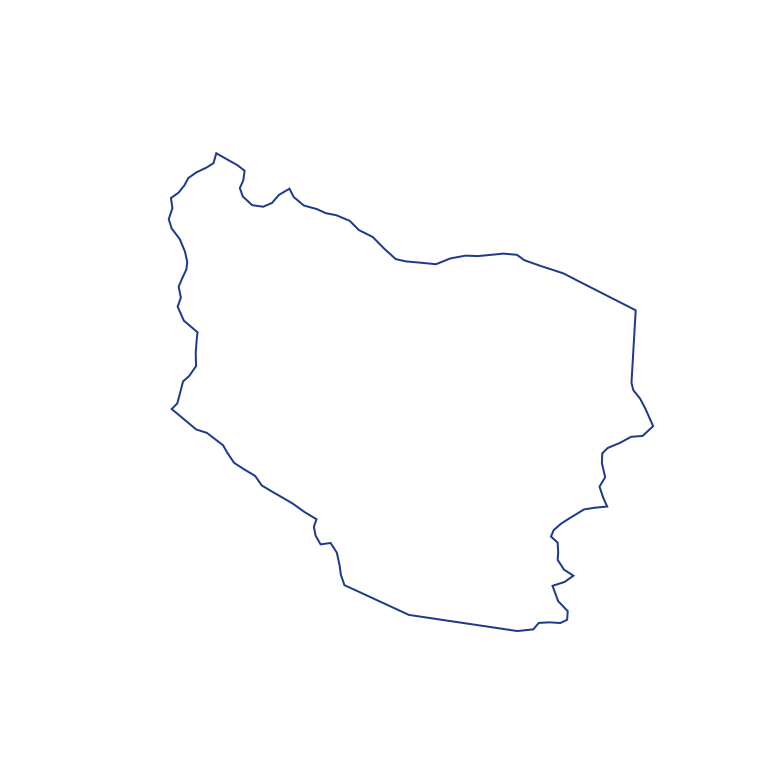 outline of Solânea, Paraíba, Brazil, rotated 301°
{"feature_id": "56859067B20295447972760", "entity_name": "Solânea", "entity_type": "district", "adm_level": 2, "iso_a3": "BRA", "parent_name": "Brazil", "parent_adm1": "Paraíba", "projection": "equal_earth", "projection_center": [-35.722, -6.744], "detail": "fine", "context": "isolated", "style": "outline", "palette": "blue", "viewbox_px": 768, "rotation_deg": 301, "n_neighbors": 0, "source": "geoboundaries", "source_scale": "gbopen_adm2", "svg_char_len": 1618}
<svg xmlns="http://www.w3.org/2000/svg" viewBox="0 0 768 768"><g transform="rotate(301 384 384)"><path d="M455.1,616.6L466.0,623.0L472.7,632.4L486.5,636.4L497.5,620.7L503.4,611.0L507.1,600.9L512.5,595.5L576.8,561.8L572.2,496.0L571.2,480.8L565.8,457.2L562.4,440.5L563.2,431.4L557.2,419.1L542.2,398.9L535.9,387.6L525.8,376.2L513.4,366.8L506.7,352.6L500.4,339.7L497.1,329.7L500.1,314.5L504.2,298.7L503.0,283.3L506.2,270.6L504.1,256.2L500.4,246.0L499.4,236.6L495.7,223.3L497.8,210.2L502.7,202.4L492.1,196.6L481.4,194.7L473.7,189.1L469.4,178.9L472.0,166.4L477.7,159.5L486.1,158.5L495.0,154.7L496.1,145.6L495.7,133.9L495.4,121.4L485.5,124.1L478.1,120.4L468.7,114.1L459.8,110.2L451.4,110.6L442.1,109.3L433.7,105.6L425.7,112.1L414.4,114.6L407.9,122.0L403.0,134.3L395.0,145.2L387.3,152.5L380.3,155.6L370.4,156.6L361.6,157.9L353.4,165.4L344.0,167.3L335.2,179.8L332.3,197.5L326.0,200.4L314.0,206.4L302.6,213.7L290.5,212.9L282.7,210.4L271.8,213.7L260.8,216.8L253.2,214.9L248.3,246.4L250.9,257.4L248.6,277.6L244.2,285.4L239.2,296.2L238.8,308.5L238.8,321.0L234.1,331.4L234.1,342.8L234.5,367.4L233.3,382.2L233.3,395.8L225.6,397.4L218.9,403.3L213.9,412.2L220.2,420.1L215.1,430.5L205.5,439.5L198.2,445.3L191.2,453.7L198.9,524.3L240.9,625.5L250.6,638.4L258.9,639.7L264.9,648.5L269.9,658.2L276.2,662.4L283.9,658.5L287.6,645.1L297.8,632.4L307.3,640.7L317.2,645.1L317.6,633.9L322.7,623.4L329.3,620.1L337.5,614.5L339.2,605.7L346.2,604.7L355.7,607.8L365.3,612.6L379.6,620.1L386.6,628.5L393.9,638.4L399.4,630.5L407.0,621.6L418.0,621.6L428.3,611.6L437.0,606.8L444.4,608.7L455.1,616.6Z" fill="none" stroke="#1e3a8a" stroke-width="2"/></g></svg>